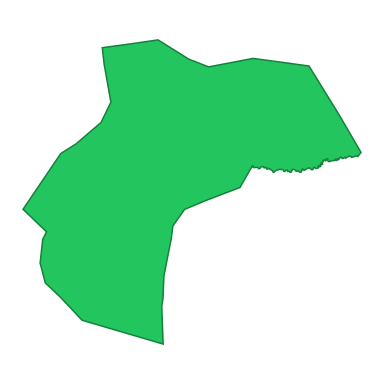 Bayan-Ovoo, Hentiy, Mongolia
{"feature_id": "93677404B57726852973522", "entity_name": "Bayan-Ovoo", "entity_type": "district", "adm_level": 2, "iso_a3": "MNG", "parent_name": "Mongolia", "parent_adm1": "Hentiy", "projection": "equal_earth", "projection_center": [112.511, 47.731], "detail": "fine", "context": "isolated", "style": "filled", "palette": "green", "viewbox_px": 384, "rotation_deg": 0, "n_neighbors": 0, "source": "geoboundaries", "source_scale": "gbopen_adm2", "svg_char_len": 4840}
<svg xmlns="http://www.w3.org/2000/svg" viewBox="0 0 384 384"><path d="M42.6,240.6L40.1,263.0L45.3,282.9L60.8,297.6L82.1,320.3L163.2,344.1L162.4,324.8L161.8,306.2L163.0,298.3L163.9,276.1L171.2,239.0L172.9,225.9L184.6,209.4L205.1,200.8L240.1,187.4L252.4,165.8L252.8,165.9L253.2,166.1L253.3,166.4L253.2,166.7L253.1,167.0L253.2,167.3L253.5,167.5L254.2,167.6L255.2,167.5L256.2,167.4L257.0,167.3L257.5,167.4L257.8,167.6L258.1,167.9L258.3,168.2L258.4,168.7L258.7,168.7L259.1,168.7L259.4,168.6L259.8,168.3L260.4,168.1L260.8,167.3L261.1,166.9L261.4,166.7L261.6,166.7L262.0,166.7L262.5,166.8L262.9,166.7L263.4,166.7L263.7,166.8L263.8,166.9L263.9,167.2L263.9,167.6L264.2,167.9L264.6,167.9L264.8,167.8L265.1,167.6L265.6,167.5L265.9,167.6L266.3,167.8L266.4,168.1L266.5,168.7L266.8,169.1L267.1,169.2L267.4,169.1L267.7,169.0L267.9,168.7L268.0,168.4L268.4,168.3L268.6,168.4L268.9,168.7L269.4,169.0L270.1,169.3L270.6,169.6L271.0,169.9L271.4,170.2L271.8,170.4L272.4,170.6L272.6,170.8L272.8,171.2L272.9,171.9L273.6,172.3L274.1,172.2L274.5,171.8L274.8,171.4L275.1,171.1L275.6,170.8L275.8,170.6L276.3,170.3L276.8,170.1L277.3,170.0L277.9,170.0L278.2,169.9L278.5,169.7L279.2,169.4L280.0,169.3L280.6,169.5L281.0,169.5L281.4,169.6L281.9,169.6L282.5,169.6L282.9,169.6L283.1,169.8L283.3,170.1L283.5,170.7L283.7,171.1L284.3,171.4L284.7,171.4L285.0,171.3L285.3,171.0L285.6,170.6L285.8,170.3L286.1,170.1L286.3,170.1L286.7,170.1L287.0,170.2L287.3,170.5L287.5,171.1L287.8,171.4L288.2,171.5L288.6,171.4L289.0,171.3L289.3,171.3L289.5,171.3L289.6,171.5L289.7,171.9L290.1,172.2L290.6,172.2L291.0,172.2L291.4,172.0L291.5,171.6L291.6,171.1L291.7,170.8L291.9,170.6L292.2,170.3L292.3,169.8L292.6,169.4L293.4,169.3L294.2,169.5L294.8,169.8L295.2,170.1L295.5,170.3L295.6,170.5L295.7,170.8L295.9,171.1L296.2,171.3L296.5,171.3L296.8,171.1L297.4,170.9L297.6,170.9L298.1,171.1L298.6,171.4L299.1,171.7L299.6,172.0L300.2,172.3L300.5,172.3L301.0,172.2L301.4,172.0L301.5,171.7L301.4,171.1L301.4,170.7L301.6,170.5L301.8,170.3L302.0,170.1L302.1,169.8L302.1,169.3L302.2,169.2L302.3,169.1L302.5,169.0L302.9,169.2L303.1,169.5L303.3,169.8L303.6,170.1L304.1,170.3L304.8,170.2L305.1,169.9L305.8,169.5L306.4,169.1L307.0,168.6L307.3,168.4L307.8,168.2L308.3,168.0L309.0,168.1L309.7,168.1L310.0,168.2L310.2,168.4L310.7,169.0L311.2,169.5L311.4,169.6L311.9,169.8L312.2,169.8L312.6,169.7L312.9,169.4L313.3,168.9L313.5,168.4L313.5,167.9L313.6,167.6L313.8,167.4L314.0,167.3L314.3,167.3L314.6,167.4L314.8,167.7L315.2,168.0L315.5,168.2L316.1,168.5L316.8,168.4L317.2,168.3L317.8,168.1L318.3,167.8L318.5,167.3L318.6,166.8L318.4,166.5L318.1,166.2L318.2,165.9L318.4,165.8L318.6,165.8L318.9,165.9L319.1,166.2L319.4,166.6L319.6,166.7L319.9,166.7L320.4,166.5L320.6,166.3L320.7,166.0L320.7,165.6L320.5,165.2L320.3,164.8L320.2,164.5L320.4,164.3L320.6,164.2L320.9,164.2L321.3,164.3L321.6,164.5L322.0,164.5L322.4,164.4L322.6,164.2L322.6,163.8L322.4,163.5L322.1,163.2L321.7,163.0L321.5,162.9L321.5,162.7L322.0,162.4L322.5,162.3L322.8,162.1L323.0,161.9L323.2,161.6L323.3,161.3L323.2,161.1L323.1,160.9L323.1,160.6L323.1,160.4L323.3,160.1L323.7,159.9L324.0,159.9L324.2,160.0L324.5,160.2L324.7,160.5L325.0,160.7L325.4,160.8L325.7,160.7L326.0,160.6L326.2,160.2L326.1,159.9L326.0,159.5L326.1,159.2L326.3,158.9L326.5,158.8L327.1,158.8L327.4,158.9L327.7,159.0L327.9,159.2L327.8,159.6L327.8,160.2L327.8,160.7L327.9,161.0L328.1,161.3L328.3,161.4L328.7,161.6L329.1,161.6L329.7,161.6L330.1,161.4L330.6,161.1L330.8,161.0L331.1,161.0L331.4,161.0L331.8,160.9L332.2,160.7L332.5,160.6L332.8,160.6L333.4,160.7L333.9,160.7L334.3,160.5L334.7,160.2L335.0,159.9L335.0,159.7L335.0,159.4L335.3,159.4L335.3,159.6L335.3,159.8L335.5,160.1L335.7,160.4L335.9,160.5L336.3,160.5L336.6,160.5L336.9,160.2L336.8,159.7L336.7,159.4L336.8,159.2L337.1,158.9L337.3,158.9L337.6,159.0L337.8,159.3L337.9,159.6L338.3,159.8L338.5,159.7L338.9,159.4L338.9,159.2L338.9,158.8L338.9,158.4L339.2,158.3L339.5,158.1L339.8,158.1L340.0,157.9L340.1,157.6L340.1,157.3L340.3,157.2L340.6,157.2L341.0,157.2L341.2,157.3L341.6,157.7L341.9,158.0L342.2,158.4L342.6,158.5L343.1,158.5L343.5,158.3L344.5,157.4L344.8,157.4L345.0,157.5L345.5,158.1L345.9,158.1L346.2,157.9L346.3,157.7L346.3,157.4L346.4,157.2L346.6,157.1L346.9,157.0L347.4,156.9L347.9,156.9L348.1,156.8L348.3,156.7L348.7,156.4L349.0,156.2L349.3,156.1L349.5,156.2L349.9,156.3L350.4,156.4L350.8,156.6L351.2,157.0L351.5,157.4L351.9,157.4L352.3,157.2L352.7,157.1L352.9,157.0L353.1,156.9L353.4,156.9L353.6,156.9L353.7,156.7L353.9,156.6L354.1,156.6L354.4,156.6L354.8,156.4L355.1,156.1L355.6,156.0L356.4,156.1L357.4,156.1L357.6,156.1L357.9,156.2L358.0,156.4L361.0,152.4L339.6,115.6L309.0,66.0L253.1,58.4L208.6,66.9L188.7,59.1L158.0,39.9L123.8,44.8L102.3,47.7L104.1,64.0L110.9,102.2L101.0,122.5L76.1,143.8L60.8,153.5L41.9,181.4L23.0,209.3L46.5,231.8L42.6,239.5L42.6,240.6Z" fill="#22c55e" stroke="#15803d" stroke-width="1.5"/></svg>